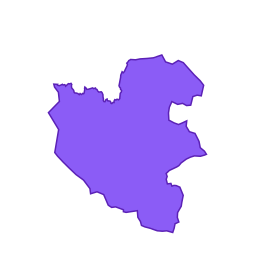 Pelathousa, Paphos, Cyprus, rotated 205°
{"feature_id": "46923920B82267121536699", "entity_name": "Pelathousa", "entity_type": "district", "adm_level": 2, "iso_a3": "CYP", "parent_name": "Cyprus", "parent_adm1": "Paphos", "projection": "equal_earth", "projection_center": [32.477, 35.029], "detail": "fine", "context": "isolated", "style": "filled", "palette": "violet", "viewbox_px": 256, "rotation_deg": 205, "n_neighbors": 0, "source": "geoboundaries", "source_scale": "gbopen_adm2", "svg_char_len": 2401}
<svg xmlns="http://www.w3.org/2000/svg" viewBox="0 0 256 256"><g transform="rotate(205 128 128)"><path d="M210.5,137.7L213.8,136.4L211.8,134.0L206.2,131.0L201.4,123.1L206.6,108.3L190.2,97.3L184.0,74.8L179.9,72.7L172.4,69.7L164.3,66.8L155.4,63.8L146.3,62.0L136.9,57.0L134.1,52.6L129.1,57.1L121.9,57.4L113.3,49.7L109.3,49.1L105.9,51.3L98.4,51.9L98.1,52.0L97.5,51.9L96.8,50.2L94.1,50.7L84.6,57.0L81.3,51.2L77.2,48.5L74.6,45.4L71.0,45.5L66.1,46.4L58.1,47.2L53.2,49.0L49.4,51.2L43.3,52.2L43.8,56.6L44.9,61.1L42.2,64.3L45.5,67.8L47.3,72.3L46.7,79.6L47.7,83.0L49.5,90.3L56.0,96.3L59.9,96.2L62.1,95.4L63.6,93.9L65.7,95.9L68.7,94.0L71.7,97.7L72.0,100.6L74.2,102.9L72.6,107.0L67.3,113.4L66.0,115.4L65.1,118.8L62.0,124.5L59.1,128.0L56.0,130.8L50.4,133.0L47.2,135.8L45.8,137.3L48.9,139.3L54.2,140.7L58.0,145.9L65.0,151.4L70.8,150.6L76.0,154.1L77.8,159.3L80.8,155.7L83.7,152.5L88.4,152.1L94.3,152.4L97.7,158.8L99.3,164.3L99.4,170.5L93.0,170.4L88.9,173.4L84.4,173.1L80.8,175.2L82.5,183.9L79.2,187.0L75.2,188.1L77.5,198.7L82.5,201.3L90.4,204.1L100.0,208.2L105.5,210.6L111.0,210.4L111.3,209.9L114.8,204.6L121.9,203.8L128.2,208.5L134.7,202.3L140.1,199.1L146.3,195.7L150.0,193.0L154.6,191.2L154.7,190.9L155.8,189.4L155.9,188.2L156.5,186.2L155.4,185.5L155.1,184.0L155.2,179.6L155.1,177.8L155.7,176.0L157.1,176.5L156.9,172.8L156.1,170.8L154.0,162.5L152.9,161.5L151.8,161.1L151.1,159.9L149.6,159.2L149.3,157.6L149.7,156.2L147.9,151.1L148.4,149.6L149.0,149.5L150.0,149.5L150.4,149.1L150.4,148.7L151.0,148.2L151.9,148.2L152.0,147.6L152.0,146.5L151.4,145.2L152.4,144.8L153.0,143.3L153.8,143.2L154.5,144.1L155.6,144.8L157.9,144.1L158.7,144.7L159.2,145.4L160.0,144.4L160.0,143.2L160.0,142.1L161.1,141.8L162.0,142.5L162.5,143.9L163.7,145.5L164.8,147.6L166.6,149.2L167.6,149.5L168.8,148.7L169.7,148.2L171.2,148.8L172.4,149.8L173.4,149.7L174.4,150.5L175.7,149.2L177.0,149.4L180.5,146.2L181.7,145.6L182.7,146.4L184.4,146.9L184.2,145.8L183.9,145.2L183.5,144.7L182.6,141.3L182.7,140.3L183.7,140.2L183.9,139.5L184.5,138.6L186.0,139.0L186.3,137.6L188.2,138.1L188.7,137.9L189.6,137.8L189.9,137.8L190.7,137.3L191.7,137.4L193.2,139.2L193.9,139.6L195.1,140.1L195.7,140.4L196.4,141.1L197.3,142.8L197.3,143.6L198.5,144.4L199.6,143.3L200.8,143.0L202.2,139.5L203.1,140.4L203.6,140.5L204.0,140.4L204.4,139.9L205.2,139.6L205.9,139.9L207.9,137.5L209.5,137.0L210.6,137.3L210.5,137.7Z" fill="#8b5cf6" stroke="#5b21b6" stroke-width="1.5"/></g></svg>